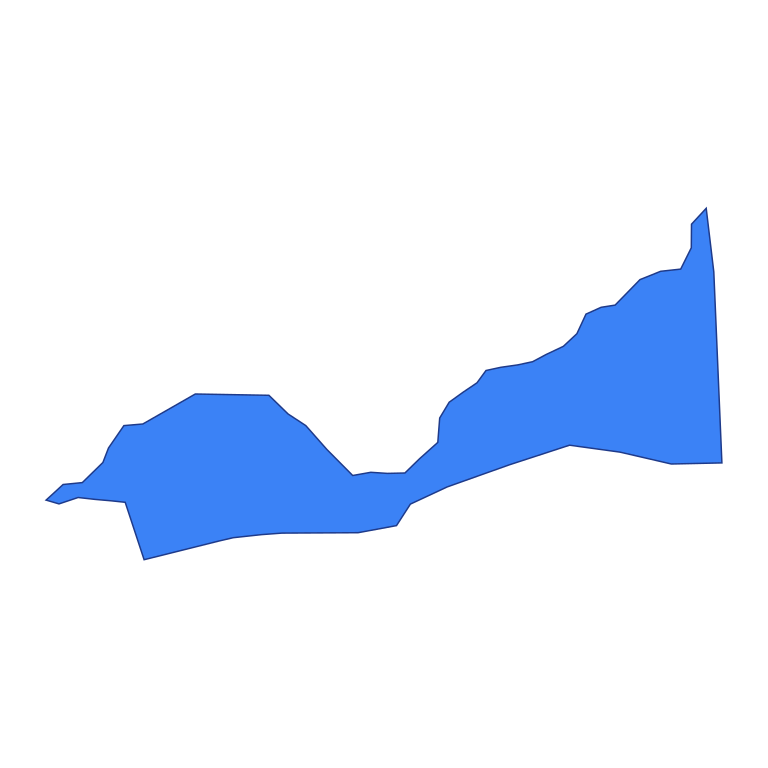 Mathare, Nairobi, Kenya
{"feature_id": "3690345B9508025131966", "entity_name": "Mathare", "entity_type": "district", "adm_level": 2, "iso_a3": "KEN", "parent_name": "Kenya", "parent_adm1": "Nairobi", "projection": "natural_earth1", "projection_center": [36.859, -1.256], "detail": "fine", "context": "isolated", "style": "filled", "palette": "blue", "viewbox_px": 768, "rotation_deg": 0, "n_neighbors": 0, "source": "geoboundaries", "source_scale": "gbopen_adm2", "svg_char_len": 846}
<svg xmlns="http://www.w3.org/2000/svg" viewBox="0 0 768 768"><path d="M706.2,208.3L691.5,224.2L691.3,247.8L680.7,269.1L660.6,271.3L640.0,279.6L615.1,305.1L601.1,307.3L586.0,314.1L576.9,333.7L563.4,346.3L546.1,354.5L532.6,361.7L517.7,364.9L500.8,367.3L486.0,370.5L477.0,382.8L463.4,392.0L449.2,402.2L439.7,418.0L437.8,442.4L419.6,458.7L404.9,473.0L387.4,473.4L370.8,472.3L352.7,475.5L326.9,449.5L305.8,425.6L288.1,414.0L268.9,395.3L195.3,394.0L142.8,424.0L123.9,425.6L108.5,448.0L102.9,462.5L82.3,482.6L63.1,484.5L46.1,500.1L59.0,503.9L78.1,497.5L95.1,499.4L111.1,500.8L125.2,502.3L144.1,559.7L218.6,541.1L233.2,537.7L261.8,534.6L282.0,533.1L358.1,532.7L396.5,525.6L410.4,504.1L447.0,487.0L509.1,464.9L569.5,445.2L619.8,452.1L643.7,457.6L671.3,464.0L721.9,462.9L713.8,271.9L706.2,208.3Z" fill="#3b82f6" stroke="#1e3a8a" stroke-width="1.5"/></svg>